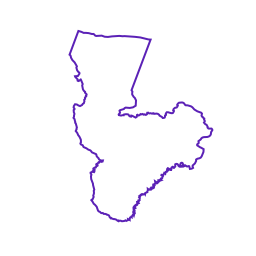 Goianésia do Pará, Pará, Brazil, rotated 110°
{"feature_id": "56859067B9668801221635", "entity_name": "Goianésia do Pará", "entity_type": "district", "adm_level": 2, "iso_a3": "BRA", "parent_name": "Brazil", "parent_adm1": "Pará", "projection": "robinson", "projection_center": [-48.924, -4.018], "detail": "fine", "context": "isolated", "style": "outline", "palette": "violet", "viewbox_px": 256, "rotation_deg": 110, "n_neighbors": 0, "source": "geoboundaries", "source_scale": "gbopen_adm2", "svg_char_len": 5824}
<svg xmlns="http://www.w3.org/2000/svg" viewBox="0 0 256 256"><g transform="rotate(110 128 128)"><path d="M37.2,137.0L37.8,139.1L38.7,147.4L40.0,152.8L42.9,162.9L43.6,164.4L44.4,167.6L47.4,174.4L49.3,178.0L50.2,181.1L50.2,184.3L52.4,189.4L52.4,190.4L51.5,192.2L51.5,192.9L52.0,193.9L52.3,197.4L53.0,200.1L53.8,202.2L53.6,204.5L53.8,207.8L79.1,208.0L79.3,207.3L79.8,206.6L81.4,205.6L83.2,203.5L84.6,200.6L87.1,197.6L87.6,197.1L88.8,197.2L89.3,196.9L91.1,195.6L92.1,194.2L92.7,192.6L93.5,192.2L96.3,192.9L97.5,195.5L97.9,195.2L99.6,191.9L100.7,191.6L100.9,190.8L100.5,190.2L98.6,189.0L99.0,188.5L102.2,185.6L103.7,185.6L107.0,183.6L108.1,182.3L108.7,180.7L109.5,180.5L110.4,178.6L110.8,178.3L111.5,178.3L111.9,178.6L112.6,178.1L113.4,178.6L114.3,178.8L115.2,178.3L116.6,178.8L117.8,178.1L119.9,178.0L120.7,178.7L122.2,179.1L123.8,180.6L123.8,182.2L123.4,184.1L123.8,185.9L125.9,186.4L127.4,186.1L128.1,184.9L128.8,184.7L129.5,185.2L130.0,185.1L131.9,184.2L132.6,183.4L133.3,183.1L134.7,183.0L135.9,182.6L137.1,182.7L138.0,181.2L139.4,180.4L139.9,179.9L141.2,179.4L141.5,178.7L145.0,176.2L145.8,176.3L146.5,175.9L148.7,176.1L150.0,174.0L151.8,172.3L152.6,170.9L154.4,169.0L155.3,168.2L157.6,167.3L158.7,167.5L159.5,166.8L159.7,164.7L161.1,163.2L161.3,160.1L161.9,157.9L161.9,155.8L162.1,155.2L163.2,153.6L163.5,149.1L163.9,148.6L165.0,148.0L165.9,146.7L166.5,145.3L167.3,144.6L167.7,143.5L167.7,141.9L167.1,140.5L168.2,140.4L168.9,141.4L168.7,142.2L169.0,142.7L170.3,143.3L170.1,143.8L170.6,144.1L171.8,144.3L172.5,145.3L173.1,145.4L173.5,145.1L173.6,143.8L174.0,143.8L174.3,144.3L175.1,144.8L175.9,144.7L176.4,144.9L176.6,145.8L177.9,146.7L178.4,146.6L178.8,145.0L179.3,145.0L180.1,145.9L180.6,144.7L181.1,144.8L181.2,146.0L181.6,146.8L182.7,147.9L183.6,147.5L183.9,146.8L184.4,146.4L186.0,146.3L188.6,145.1L192.3,141.9L193.6,141.3L197.5,138.6L198.8,138.7L199.8,138.1L201.3,137.6L203.6,137.5L204.5,136.7L207.2,136.9L207.8,137.6L208.3,137.8L209.2,136.3L210.9,134.3L211.4,132.8L212.7,130.5L215.9,127.9L216.4,126.8L216.4,125.7L217.0,124.5L217.0,123.6L216.5,122.6L217.0,121.5L216.5,119.9L216.4,119.3L216.7,118.3L216.5,117.7L216.7,116.0L217.7,114.9L218.1,114.7L218.5,113.8L218.3,113.3L218.7,113.0L218.4,112.6L218.6,112.0L218.5,110.2L218.3,109.9L218.1,108.2L218.3,107.1L218.7,106.2L218.8,105.0L218.1,104.9L218.2,104.4L217.6,103.2L217.7,101.8L216.7,99.8L215.6,98.7L215.9,97.9L214.4,96.3L213.7,96.7L213.9,95.0L213.3,95.3L212.8,95.2L212.3,95.5L211.4,95.4L210.7,94.7L210.7,94.0L209.9,94.5L209.1,93.8L208.6,93.6L208.0,93.8L207.2,93.2L207.9,92.6L206.7,92.7L206.4,93.1L205.7,92.5L204.8,93.1L204.7,93.7L205.7,93.4L205.9,93.9L205.2,94.4L204.3,94.4L204.1,93.4L203.6,93.4L203.4,93.8L203.5,94.4L202.3,95.0L202.1,94.5L201.3,94.0L201.5,95.3L200.7,95.7L199.7,95.4L200.5,94.8L200.3,94.4L199.5,94.2L197.6,94.4L197.2,94.1L197.5,93.7L197.1,93.1L195.3,93.0L194.9,92.3L194.5,92.8L194.9,93.9L194.3,94.2L193.5,92.9L193.1,92.8L192.6,93.3L192.3,92.7L191.9,92.4L191.4,92.8L190.8,92.7L189.1,93.2L189.2,93.7L188.4,93.6L188.1,94.1L187.7,93.8L187.6,93.2L186.9,92.9L186.4,93.2L185.3,92.3L185.2,91.9L185.7,91.7L185.4,91.2L185.1,90.6L184.0,89.8L184.4,89.3L183.1,89.5L181.7,87.9L181.2,88.2L179.7,88.0L178.4,88.6L178.8,87.2L178.5,86.5L177.5,86.3L178.0,85.3L177.5,85.0L177.0,85.0L176.6,85.3L176.5,85.9L176.0,85.8L176.0,85.3L175.5,84.8L175.4,84.1L175.9,83.7L175.5,83.3L174.4,83.3L173.9,83.5L173.5,84.0L173.8,84.4L173.0,84.9L172.4,84.9L172.1,83.5L171.4,83.9L170.5,83.3L168.8,84.3L169.3,82.5L170.1,81.9L169.8,81.5L168.7,81.8L168.1,81.6L168.2,80.9L167.3,80.4L166.6,81.4L166.2,80.8L166.2,79.5L165.7,78.9L165.6,79.6L164.6,79.9L164.0,79.6L163.9,79.0L163.4,78.7L162.1,78.9L161.3,78.7L160.9,80.5L160.5,80.5L160.3,79.7L160.6,78.8L157.9,78.6L158.3,77.3L156.3,77.6L155.9,76.6L154.9,76.7L153.2,77.2L152.5,77.0L152.1,76.8L152.2,76.3L153.7,75.5L152.4,74.7L152.9,73.6L152.7,73.1L151.7,73.2L150.9,73.6L150.1,73.5L149.1,72.7L149.2,72.1L149.8,71.8L149.8,71.2L148.0,70.4L146.0,71.2L145.2,70.4L145.0,69.3L145.2,68.7L146.3,67.6L146.7,66.5L146.6,65.8L145.8,63.9L145.4,64.5L145.2,66.4L143.0,66.4L142.4,65.9L142.2,65.1L142.4,64.6L143.9,63.4L144.7,63.8L145.0,63.1L144.5,61.8L143.5,61.6L144.0,59.3L143.1,58.1L143.0,57.4L145.3,55.8L144.4,54.2L143.2,53.2L141.8,54.3L141.1,54.4L138.4,53.0L135.6,52.7L134.5,53.2L134.1,53.1L133.1,52.2L132.0,50.5L130.9,49.5L129.4,49.1L124.7,48.9L122.0,49.7L121.5,52.6L121.5,53.4L120.7,56.9L120.3,57.3L119.5,57.3L118.3,56.5L117.7,56.5L116.3,57.3L113.8,55.7L112.8,55.6L111.5,54.8L110.6,53.5L109.3,50.4L108.3,49.1L106.9,48.2L105.7,48.0L103.4,48.5L101.1,48.0L100.5,48.4L100.0,49.3L101.0,52.2L100.4,53.4L99.7,53.5L98.1,55.3L98.0,56.5L97.5,57.6L96.9,58.5L95.7,58.1L94.6,58.6L94.3,59.2L93.7,59.6L93.0,59.6L92.8,60.6L92.3,61.0L92.2,61.9L91.3,63.1L89.2,63.4L88.6,64.4L88.6,68.6L87.9,72.0L86.5,74.6L86.1,76.2L86.3,79.6L86.9,81.6L86.7,82.3L85.7,83.7L85.4,84.8L85.5,85.9L86.8,88.7L88.1,89.5L89.5,89.7L89.8,88.9L90.9,88.9L92.1,89.3L92.9,90.7L94.4,91.6L95.9,91.6L96.2,90.7L96.7,90.6L98.4,90.9L98.8,91.2L99.3,92.5L99.5,95.7L100.0,97.0L101.5,97.4L102.6,96.8L103.1,96.9L103.6,97.5L104.8,97.1L105.6,97.1L106.3,97.8L106.7,98.8L106.0,100.0L105.6,102.6L104.9,103.3L104.5,104.8L104.7,106.1L105.8,108.4L105.4,108.9L105.5,109.5L106.3,110.2L106.4,111.9L107.1,113.1L106.7,114.4L107.1,114.7L107.2,115.1L108.6,114.9L109.6,115.7L109.4,116.9L110.1,117.6L109.8,119.0L110.5,119.7L110.5,120.8L111.0,121.2L111.6,121.3L112.3,121.9L112.7,122.5L112.3,123.6L112.7,124.0L114.5,123.6L115.6,124.4L115.1,128.3L115.2,129.2L116.3,129.1L116.4,130.6L115.3,132.1L115.2,132.7L115.7,134.6L116.7,136.4L117.5,136.4L117.7,137.3L118.7,138.8L119.0,141.0L118.4,141.4L116.4,140.7L114.6,141.9L114.0,141.6L111.6,138.4L110.5,138.0L109.6,137.1L108.6,133.3L106.9,130.4L104.4,128.4L99.3,129.9L97.4,131.9L96.8,133.3L95.1,135.5L93.8,136.0L92.3,136.3L91.3,137.6L37.2,137.0Z" fill="none" stroke="#5b21b6" stroke-width="2"/></g></svg>